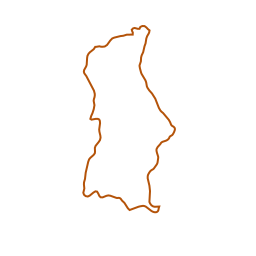 outline of Rivera, rotated 234°
{"feature_id": "URY-14", "entity_name": "Rivera", "entity_type": "Department", "adm_level": 1, "iso_a3": "URY", "parent_name": "Uruguay", "parent_adm1": "", "projection": "robinson", "projection_center": [-55.345, -31.483], "detail": "fine", "context": "isolated", "style": "outline", "palette": "amber", "viewbox_px": 256, "rotation_deg": 234, "n_neighbors": 0, "source": "natural_earth", "source_scale": "10m", "svg_char_len": 2529}
<svg xmlns="http://www.w3.org/2000/svg" viewBox="0 0 256 256"><g transform="rotate(234 128 128)"><path d="M79.8,76.5L83.6,73.9L85.0,72.5L85.8,70.7L86.8,66.7L88.1,65.1L90.0,64.9L92.4,65.4L94.7,65.6L95.9,64.4L96.1,62.1L95.8,57.3L96.2,55.2L97.8,53.7L99.9,53.2L101.9,53.8L104.7,57.1L108.3,59.2L109.9,60.5L112.1,63.3L116.7,67.5L124.0,75.9L125.5,78.1L126.0,80.0L126.4,84.2L127.0,86.2L128.1,87.3L131.4,89.5L132.6,91.3L133.9,96.1L134.7,98.2L136.3,100.1L138.0,101.1L141.8,102.7L143.7,103.8L148.3,108.2L150.3,109.4L151.8,109.7L153.1,109.0L154.4,107.2L156.2,103.4L157.5,102.9L159.3,105.2L160.9,108.0L163.4,111.4L166.2,114.3L170.2,116.2L171.5,117.5L172.6,119.0L173.9,120.3L175.2,121.2L178.2,122.4L194.5,124.8L197.9,124.8L199.4,125.3L200.7,126.6L202.4,130.3L203.5,131.8L208.7,136.1L210.2,137.6L211.3,139.8L211.7,141.8L211.9,146.6L212.9,149.2L212.4,149.9L211.0,152.7L210.7,153.1L210.0,153.6L209.0,154.7L208.2,156.0L207.6,157.1L207.5,159.9L209.2,165.1L209.7,167.9L209.2,170.0L206.8,175.9L205.4,178.4L204.2,181.9L200.8,186.7L202.4,188.0L204.0,188.3L205.3,188.8L205.6,190.7L205.0,192.2L202.5,194.2L201.5,195.6L202.5,197.4L202.1,199.5L200.7,201.3L198.4,202.0L196.4,202.2L194.3,202.8L192.8,201.2L192.2,200.1L191.0,197.4L189.7,195.5L186.1,191.9L184.5,189.5L180.4,184.8L178.7,181.7L177.3,180.0L174.6,177.8L174.2,177.4L172.2,174.6L171.9,174.2L171.4,173.8L169.2,172.7L165.0,171.1L163.8,170.8L156.2,170.1L154.2,169.5L150.5,167.7L148.9,167.4L145.9,167.3L141.8,167.7L135.7,167.3L126.1,164.8L123.2,164.5L121.8,164.6L119.4,165.2L110.7,165.8L108.0,165.5L105.3,164.8L104.6,164.8L103.9,164.9L102.3,165.6L101.7,165.7L101.0,165.8L100.3,165.7L99.5,165.3L98.8,164.6L97.7,163.0L96.8,161.2L96.4,160.1L96.3,159.4L96.5,157.3L96.4,156.7L96.2,156.2L95.6,155.2L95.4,154.6L95.3,154.0L95.2,153.3L95.3,151.8L95.7,150.4L96.5,147.9L96.6,147.2L96.6,146.5L96.5,145.9L96.0,144.7L95.2,140.9L94.7,139.8L94.2,138.8L93.6,138.2L92.7,137.6L90.8,136.8L87.5,135.7L86.8,135.4L86.1,134.9L82.8,131.7L82.4,131.2L82.1,130.8L81.7,130.0L81.5,129.5L80.0,125.0L79.9,124.3L80.1,122.1L80.0,120.7L79.8,120.1L79.4,118.9L78.4,116.8L78.0,116.3L77.5,115.7L75.8,114.4L68.7,111.4L64.0,108.7L55.9,102.1L55.4,101.8L53.9,101.5L52.1,101.5L51.4,101.6L49.7,102.3L48.5,103.4L46.1,107.1L45.2,105.9L43.7,104.3L43.3,103.6L43.1,102.9L43.1,102.2L43.2,101.6L43.7,100.7L44.4,99.8L45.8,98.8L47.1,98.2L53.9,96.2L55.2,95.4L56.2,94.4L57.4,92.0L58.1,90.3L60.7,81.1L63.1,80.7L69.6,81.1L72.7,80.5L75.1,80.5L76.0,80.2L76.8,79.6L77.2,79.0L77.6,78.3L78.2,77.6L79.8,76.5Z" fill="none" stroke="#b45309" stroke-width="2"/></g></svg>